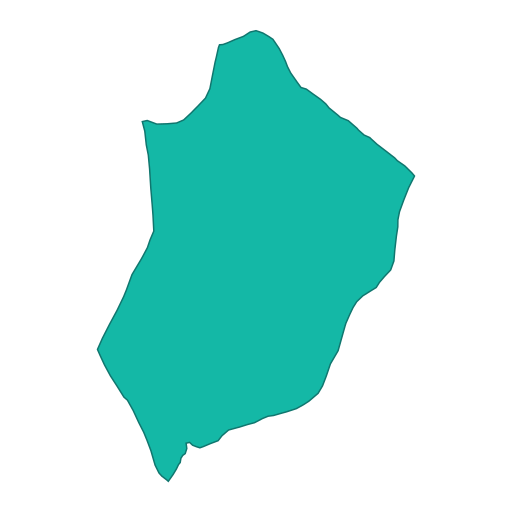 Dorbor, Grand Kru, Liberia (Equal Earth projection)
{"feature_id": "62588387B97917112158690", "entity_name": "Dorbor", "entity_type": "district", "adm_level": 2, "iso_a3": "LBR", "parent_name": "Liberia", "parent_adm1": "Grand Kru", "projection": "equal_earth", "projection_center": [-8.281, 4.99], "detail": "fine", "context": "isolated", "style": "filled", "palette": "teal", "viewbox_px": 512, "rotation_deg": 0, "n_neighbors": 0, "source": "geoboundaries", "source_scale": "gbopen_adm2", "svg_char_len": 1973}
<svg xmlns="http://www.w3.org/2000/svg" viewBox="0 0 512 512"><path d="M142.3,121.6L143.1,124.7L144.8,131.2L146.3,144.9L148.3,155.0L149.6,168.9L150.8,188.2L152.2,204.8L153.0,215.4L153.8,231.1L150.1,239.8L147.4,247.7L142.6,256.7L140.8,259.9L132.0,274.6L126.4,290.0L123.7,296.6L117.0,310.5L109.6,324.2L102.4,338.3L97.5,349.4L97.9,350.4L100.1,355.4L104.5,364.9L110.4,375.8L117.5,386.8L124.0,397.2L127.4,400.1L133.2,410.5L138.8,422.6L143.7,432.2L147.1,440.5L150.9,450.6L155.1,465.1L159.0,473.0L161.9,476.2L167.0,480.1L168.3,481.3L173.1,474.5L176.4,469.0L178.5,464.6L180.2,462.5L180.9,458.3L182.7,455.4L185.2,453.6L186.8,448.5L186.1,443.2L189.6,442.4L192.6,445.2L196.4,446.7L199.9,447.8L203.0,446.7L204.2,446.2L210.6,443.5L218.1,440.7L222.0,435.7L228.6,430.0L238.1,427.4L238.7,427.3L247.6,424.5L254.5,422.7L262.5,418.5L265.7,417.2L268.1,416.2L273.5,415.5L281.5,413.2L286.3,411.9L296.4,408.6L303.6,404.6L309.0,401.1L318.1,393.3L322.5,385.9L325.8,377.3L326.5,375.4L330.4,363.9L338.1,350.7L340.4,342.5L342.7,334.3L345.1,325.8L345.9,323.2L349.8,314.3L353.0,307.6L356.7,301.7L362.7,295.9L370.0,291.3L376.2,287.5L379.5,282.3L384.5,276.5L390.7,269.9L393.9,261.0L394.0,259.8L394.8,250.0L396.4,236.1L397.8,226.9L397.9,219.8L398.1,218.8L399.5,211.7L403.8,199.9L408.7,187.6L414.2,176.7L414.5,176.0L411.9,172.9L404.9,166.0L397.2,160.6L394.7,157.9L380.7,147.1L377.0,144.3L371.1,138.9L369.8,137.6L364.0,135.0L358.4,130.0L357.0,128.3L348.3,120.7L341.8,118.0L340.4,117.4L337.8,115.1L329.0,107.9L325.9,104.0L320.5,99.3L313.0,94.0L306.3,89.1L301.0,87.5L297.0,82.0L290.7,73.0L287.5,66.7L285.5,61.4L283.2,56.4L282.7,55.3L279.2,48.6L275.9,43.7L272.9,39.3L268.9,36.6L263.0,33.1L259.1,31.7L256.0,30.7L250.2,32.0L243.4,36.4L234.9,39.6L227.4,42.9L223.0,44.5L219.5,44.8L218.5,47.4L216.2,57.7L215.1,62.2L212.3,76.3L209.9,88.7L205.5,98.1L197.5,106.5L195.0,109.0L191.1,113.0L183.6,120.0L176.6,123.0L167.0,123.8L156.8,124.1L147.2,120.5L142.3,121.6Z" fill="#14b8a6" stroke="#0f766e" stroke-width="1.5"/></svg>